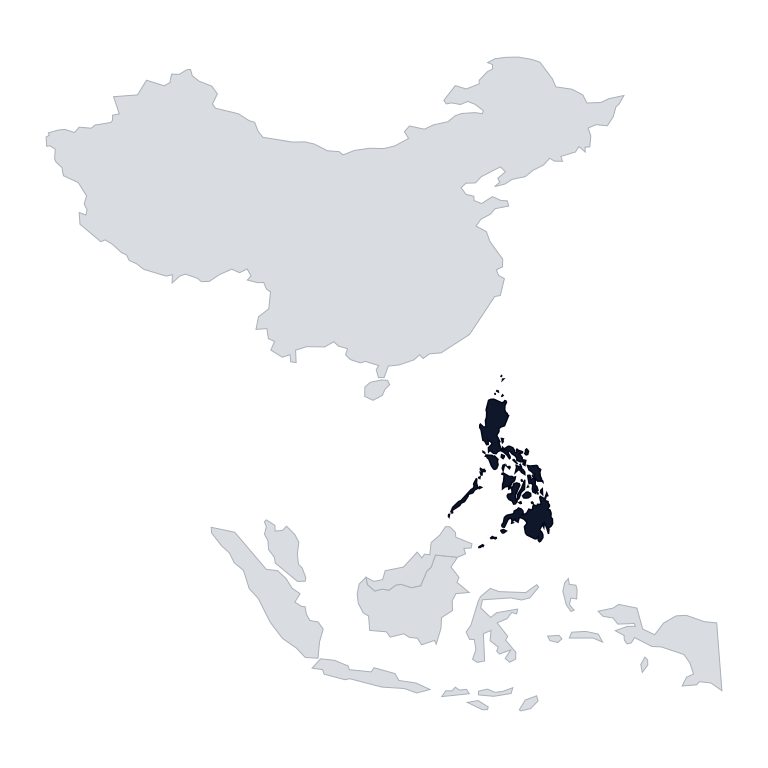 map of Philippines with Indonesia, China and Malaysia greyed out
{"feature_id": "PHL", "entity_name": "Philippines", "entity_type": "country or territory", "adm_level": 0, "iso_a3": "PHL", "parent_name": "Asia", "parent_adm1": "", "projection": "albers", "projection_center": [122.681, 12.951], "detail": "fine", "context": "with_neighbors", "style": "filled", "palette": "ink", "viewbox_px": 768, "rotation_deg": 0, "n_neighbors": 3, "source": "natural_earth", "source_scale": "50m", "svg_char_len": 12216}
<svg xmlns="http://www.w3.org/2000/svg" viewBox="0 0 768 768"><path d="M716.7,622.9L721.9,690.7L711.1,683.0L699.3,681.7L696.7,684.8L682.1,686.0L686.5,677.3L693.5,674.0L689.9,662.9L683.9,654.5L661.3,646.9L651.9,646.5L634.5,637.5L631.4,642.8L627.1,643.9L624.3,640.1L624.1,635.5L615.3,630.7L627.3,626.4L635.3,626.3L634.3,623.5L617.8,624.1L613.1,618.0L603.0,616.3L598.1,611.2L613.1,608.1L618.7,604.4L636.9,608.1L642.7,629.0L654.7,634.8L663.5,623.1L676.1,615.9L686.1,615.3L704.5,621.7L716.7,622.9ZM536.6,695.8L538.1,700.9L530.6,708.6L520.7,710.9L519.3,709.7L525.3,700.0L536.6,695.8ZM642.3,672.4L640.8,664.6L644.9,657.1L647.6,660.1L647.8,665.0L642.3,672.4ZM457.5,557.3L451.0,567.0L459.0,577.4L457.0,582.4L469.2,592.5L456.0,593.6L452.2,600.8L452.5,610.5L441.5,617.6L441.0,628.2L436.2,644.2L434.6,640.4L421.6,644.8L417.4,638.2L409.3,637.4L403.8,633.8L390.2,637.1L386.3,631.8L369.7,630.4L368.6,616.1L363.2,612.8L358.3,603.4L357.2,594.0L359.1,584.1L366.0,577.3L367.5,584.6L374.8,591.0L382.1,589.1L389.1,590.2L395.8,585.1L401.2,584.3L411.6,587.7L420.7,585.7L426.9,570.9L431.2,567.2L435.4,555.0L457.5,557.3ZM585.8,631.4L598.3,634.1L602.6,642.1L592.9,638.0L569.3,638.0L571.8,632.2L585.8,631.4ZM557.8,642.5L549.9,640.6L547.6,636.1L559.1,635.4L561.9,638.9L557.8,642.5ZM568.4,578.5L569.3,584.4L575.9,585.2L577.1,589.6L576.7,599.0L570.9,598.0L569.4,604.6L574.1,610.2L571.0,611.5L566.3,604.8L562.8,591.2L564.8,582.5L568.4,578.5ZM499.0,591.6L525.8,592.6L536.7,584.7L538.7,587.1L529.8,597.9L521.5,600.0L510.7,597.9L482.4,599.8L480.7,607.9L490.7,617.5L496.7,612.7L517.6,609.1L516.7,614.0L511.8,612.5L507.0,618.7L497.1,622.8L507.7,636.4L505.6,640.1L515.8,652.2L515.7,659.1L509.7,662.2L505.2,658.5L510.7,649.9L499.5,654.0L496.7,651.1L498.2,647.0L490.1,640.8L491.0,630.5L483.4,633.6L484.6,661.0L477.4,662.4L472.5,659.3L475.9,649.7L474.3,639.5L469.5,639.3L466.1,632.0L470.9,625.2L478.4,600.7L480.8,596.3L490.3,588.4L499.0,591.6ZM482.6,709.8L467.3,702.4L478.1,700.6L488.2,706.9L487.5,709.6L482.6,709.8ZM494.8,692.3L502.5,691.5L512.8,687.7L511.1,693.5L493.8,696.3L478.5,694.9L478.5,691.2L487.6,689.1L494.8,692.3ZM459.4,690.1L466.5,689.3L469.3,693.7L441.7,696.6L445.8,690.8L452.1,690.8L455.3,687.2L459.4,690.1ZM348.0,665.9L349.4,669.7L371.3,671.9L374.0,667.7L395.0,673.6L398.9,680.5L416.0,683.0L430.0,689.5L416.7,693.0L404.2,688.5L381.9,687.1L349.7,678.7L344.9,679.7L324.2,674.2L322.5,669.6L312.1,668.2L320.6,658.8L334.4,660.3L348.0,665.9ZM305.1,606.8L306.4,614.3L309.9,620.5L318.1,622.0L323.2,629.1L319.5,642.0L318.0,658.2L305.3,657.5L296.4,648.1L282.5,638.4L270.3,622.4L258.2,598.4L249.2,588.6L243.5,570.4L234.2,562.7L229.4,552.9L221.7,546.0L211.6,532.9L211.2,527.3L234.8,532.3L266.3,569.4L277.5,570.6L286.2,578.7L292.0,588.1L300.1,593.7L294.9,602.1L301.1,606.2L305.1,606.8Z" fill="#d9dde1" stroke="#a8b0b8" stroke-width="1"/><path d="M373.0,400.3L364.7,396.4L364.9,387.0L370.3,382.3L381.7,379.9L387.6,380.4L389.7,384.7L385.0,389.3L382.3,395.4L373.0,400.3ZM112.4,120.6L112.6,115.2L119.3,113.9L113.6,96.7L137.5,94.9L146.5,80.2L164.2,85.8L169.9,82.6L171.6,74.1L179.3,74.3L187.0,69.7L190.6,69.5L192.2,75.7L199.3,81.3L211.9,86.2L217.4,94.0L212.5,103.9L215.4,108.2L238.5,113.8L249.1,120.7L254.7,122.3L258.1,131.3L263.0,137.3L292.5,142.1L305.0,141.9L314.2,144.0L327.6,150.8L339.0,151.6L343.0,154.9L354.3,150.5L369.7,148.2L383.8,148.6L394.9,145.9L408.6,138.4L404.4,131.7L409.5,126.0L424.3,129.2L433.7,124.8L448.0,121.7L454.9,115.9L461.5,113.5L475.0,112.6L482.3,113.7L483.3,110.6L475.0,104.3L467.7,101.4L460.5,104.5L451.5,102.9L446.2,103.9L443.9,100.3L455.3,85.6L466.2,89.0L479.2,83.9L479.2,80.2L487.5,71.6L492.6,69.0L492.5,64.5L487.6,62.6L495.1,58.7L506.3,57.3L518.3,57.1L531.9,59.4L539.9,62.2L552.3,78.7L555.9,86.9L571.9,89.2L582.9,95.0L586.9,103.0L600.9,102.5L608.8,98.7L623.9,95.5L619.4,103.6L615.9,106.9L613.2,116.8L607.3,125.8L596.0,124.6L588.1,128.1L590.8,135.8L589.8,146.8L585.0,147.2L585.2,152.0L579.0,146.6L575.4,152.0L560.9,156.4L562.5,161.3L554.3,161.1L549.8,158.2L543.4,165.1L533.0,170.3L525.3,176.6L512.0,179.4L505.0,184.0L494.7,186.6L499.8,182.1L497.8,178.3L505.4,171.8L500.4,166.8L481.3,176.7L475.4,182.9L466.0,183.2L461.1,187.7L466.0,194.4L473.8,196.2L474.1,200.6L481.6,203.6L492.4,196.6L500.9,200.5L507.2,200.8L508.7,206.0L495.1,208.7L490.5,214.1L481.1,219.0L476.0,226.0L486.4,231.7L490.1,241.8L502.7,259.2L502.5,266.9L496.3,269.8L498.6,275.4L504.4,278.6L500.3,295.5L494.7,296.5L469.5,334.5L441.0,352.9L429.5,353.8L423.1,358.5L419.7,354.8L413.7,360.0L399.2,364.9L388.3,366.1L384.2,377.4L378.5,377.7L376.2,369.7L378.8,365.6L365.3,361.4L360.3,362.9L350.2,359.5L345.6,354.8L347.6,348.7L338.4,346.1L333.8,341.7L324.7,346.9L306.6,346.7L295.6,350.1L296.1,362.6L290.7,361.8L290.0,354.7L282.3,357.2L270.8,350.1L274.6,341.4L268.4,338.7L266.9,328.6L256.0,329.4L258.5,316.8L268.8,308.8L270.5,291.9L266.4,289.0L263.7,282.5L257.8,282.7L247.3,280.0L251.1,276.0L247.1,269.0L239.6,272.7L231.6,269.2L219.5,274.6L209.5,281.3L201.4,281.7L197.4,278.3L185.4,274.1L179.7,276.1L172.1,283.0L172.4,274.7L166.1,276.1L143.9,269.4L136.5,263.7L129.2,260.5L126.6,255.0L121.4,252.6L112.5,244.3L105.2,239.9L100.8,241.7L80.0,224.2L79.2,212.5L85.9,215.0L87.1,209.9L84.2,204.1L86.6,196.0L78.3,182.6L63.4,175.7L62.0,167.7L55.8,161.8L54.6,158.7L55.3,149.2L50.0,145.9L46.7,146.3L46.1,137.0L49.2,135.3L48.3,132.9L58.1,130.1L64.9,129.4L74.5,132.5L79.1,127.2L91.3,128.2L95.2,125.0L110.8,122.5L112.4,120.6Z" fill="#d9dde1" stroke="#a8b0b8" stroke-width="1"/><path d="M264.4,521.7L266.4,519.9L274.9,525.4L275.2,531.1L282.5,530.4L286.5,526.2L294.8,534.5L298.8,542.1L297.4,554.3L298.5,564.5L302.1,567.8L305.8,577.6L305.3,581.2L297.4,581.4L275.2,563.0L274.4,557.4L268.6,549.6L267.9,540.5L264.5,534.3L266.3,526.5L264.4,521.7ZM457.5,557.3L435.4,555.0L431.2,567.2L426.9,570.9L420.7,585.7L411.6,587.7L401.2,584.3L395.8,585.1L389.1,590.2L382.1,589.1L374.8,591.0L367.5,584.6L366.0,577.3L373.9,581.4L382.6,579.7L385.2,570.7L403.4,567.1L417.2,552.1L422.0,557.9L424.4,554.2L429.7,554.7L431.2,542.5L439.8,535.1L445.5,526.7L449.9,526.8L455.4,532.4L455.8,537.2L472.0,543.8L471.1,548.0L463.8,548.4L465.6,553.8L457.5,557.3Z" fill="#d9dde1" stroke="#a8b0b8" stroke-width="1"/><path d="M493.9,399.2L501.6,402.7L503.6,402.3L504.7,400.6L505.9,400.9L506.5,402.4L505.0,405.2L504.7,409.6L505.6,412.1L507.2,413.5L507.4,414.9L508.6,415.5L504.5,425.8L500.9,427.0L498.9,428.6L499.0,431.5L496.7,435.3L499.9,441.7L499.1,442.3L499.1,443.4L500.6,448.0L502.1,449.6L505.3,450.6L506.1,449.9L505.2,448.2L508.2,446.3L509.7,446.3L512.9,447.8L514.4,450.3L514.7,452.6L516.1,452.6L516.8,451.6L516.4,450.1L517.0,449.1L518.2,450.2L522.3,451.6L522.7,452.0L522.2,452.9L519.5,453.7L522.3,457.8L522.0,459.6L525.8,460.4L524.9,465.5L523.0,464.2L523.7,461.7L520.3,461.8L516.9,460.3L516.8,458.4L515.4,456.0L512.2,454.0L509.4,450.8L508.0,451.1L508.4,453.6L510.1,456.5L510.2,458.0L509.4,458.7L507.0,455.1L503.8,452.2L500.7,450.5L497.8,451.5L496.1,453.7L493.5,453.3L490.8,451.0L489.6,450.8L488.6,451.9L488.4,447.7L491.7,444.4L491.9,442.7L488.2,440.1L488.2,444.4L486.6,444.7L484.6,441.0L482.9,440.3L481.0,429.5L479.7,427.6L479.8,424.9L480.4,424.1L483.8,427.2L486.0,426.6L485.4,420.7L486.5,417.3L486.7,412.7L486.1,409.8L488.6,400.3L490.9,399.3L493.9,399.2ZM546.1,501.0L548.1,501.5L548.1,503.1L549.4,505.0L549.5,506.2L547.6,508.9L550.1,510.1L551.1,513.2L550.9,517.2L552.4,518.9L552.6,523.6L551.1,526.2L548.5,528.0L549.0,529.3L548.5,533.9L546.8,528.1L544.4,522.8L542.9,523.6L539.6,529.9L541.9,532.3L542.9,534.9L542.9,537.6L540.6,541.1L539.4,541.8L538.2,540.1L538.1,536.7L536.0,538.9L534.8,538.8L527.0,535.0L525.5,533.1L524.4,526.7L526.7,523.7L526.8,522.3L524.2,519.3L520.9,517.7L519.1,517.8L518.0,522.2L515.7,520.8L514.8,519.0L513.6,520.7L512.0,520.9L511.5,518.7L509.6,518.3L508.0,519.7L504.4,527.2L502.5,527.0L501.8,525.8L502.0,524.4L503.4,522.7L504.3,517.8L505.5,516.3L507.1,515.2L512.7,514.0L513.7,513.3L514.3,510.9L517.4,509.4L518.4,508.0L521.1,508.9L522.9,510.9L523.2,513.6L521.9,515.0L522.4,515.1L526.7,513.1L528.9,509.1L531.2,509.9L532.4,509.4L533.0,506.0L533.9,504.9L536.8,506.1L537.5,504.3L540.7,504.4L541.0,503.0L539.7,497.3L540.3,496.3L544.7,498.9L546.1,501.0ZM515.1,504.0L513.6,504.1L512.3,501.2L509.0,499.5L507.4,497.1L507.2,495.7L508.0,494.2L510.6,493.9L512.1,492.8L511.7,488.2L513.2,486.1L513.5,484.0L516.4,482.9L519.1,483.6L519.8,485.2L515.4,495.3L515.3,498.1L517.1,501.7L515.1,504.0ZM537.5,465.9L538.4,468.1L540.7,469.5L539.9,472.2L540.3,476.1L541.6,479.1L541.2,480.0L542.6,480.8L542.9,482.1L541.8,481.2L537.6,481.1L535.4,478.9L534.1,476.6L534.9,474.3L533.8,474.2L531.5,471.5L529.1,470.1L527.4,465.5L530.3,466.0L536.5,465.4L537.5,465.9ZM503.3,473.0L509.5,476.6L511.9,476.3L512.9,477.0L512.5,477.9L515.4,476.9L514.9,479.6L513.8,481.5L511.6,482.9L511.2,484.7L508.6,486.2L505.1,486.9L502.5,488.9L502.6,484.2L503.5,481.7L504.1,475.7L503.7,474.8L501.8,474.1L502.1,473.4L503.3,473.0ZM459.6,505.6L451.2,511.1L452.7,507.3L458.6,501.6L461.1,500.5L471.0,489.6L473.2,488.3L474.2,486.0L473.6,484.3L474.1,482.8L476.3,478.8L476.8,479.2L476.5,483.1L478.1,488.1L474.7,490.0L472.8,492.9L468.3,494.4L468.2,496.0L464.5,501.6L461.2,503.2L459.6,505.6ZM486.1,455.0L492.2,455.4L493.7,456.6L494.6,456.0L498.0,459.4L497.4,461.5L498.1,464.8L496.6,468.5L494.9,469.4L493.6,469.0L491.5,466.1L488.7,458.9L487.2,457.9L486.7,456.4L485.4,456.2L486.1,455.0ZM527.9,476.9L531.2,479.3L533.1,478.3L534.3,478.6L535.3,480.4L535.2,485.0L536.9,486.7L538.0,490.3L536.7,490.7L536.7,491.6L535.0,489.6L535.5,493.3L532.8,491.8L532.3,488.9L532.8,485.1L531.5,483.1L529.1,483.6L527.9,476.9ZM519.0,498.3L517.3,500.1L517.1,499.4L517.8,494.1L521.3,488.6L524.8,479.8L524.5,489.3L521.2,492.3L519.0,498.3ZM530.8,496.0L528.3,497.8L525.8,498.1L523.8,497.9L522.5,495.8L526.3,492.2L528.0,492.0L530.6,493.4L530.8,496.0ZM519.6,466.9L523.3,469.9L524.8,472.1L524.8,474.5L521.4,472.3L521.5,471.8L518.7,469.4L515.3,472.6L516.5,467.5L516.2,465.4L519.6,466.9ZM528.6,451.2L527.7,454.5L526.1,454.9L524.6,453.5L525.5,452.1L525.5,450.0L526.6,448.9L528.6,451.2ZM503.8,532.9L502.4,533.0L500.8,530.8L501.0,530.3L503.5,529.5L506.4,531.0L503.8,532.9ZM482.8,469.8L484.1,469.3L485.3,470.8L485.0,471.6L481.8,471.6L480.3,469.5L480.5,468.4L482.8,469.8ZM501.6,454.6L504.3,455.7L504.3,456.8L503.1,458.6L501.2,457.2L501.6,454.6ZM492.3,536.5L494.2,537.5L496.2,537.5L496.4,538.2L495.1,538.9L494.3,538.1L491.1,538.6L490.6,538.0L492.3,536.5ZM542.6,494.5L540.5,492.3L540.8,490.2L542.3,488.8L542.6,494.5ZM504.6,464.6L503.1,470.6L502.2,468.2L503.0,465.2L504.6,464.6ZM483.6,545.5L483.0,546.5L482.2,546.0L480.4,547.4L478.9,547.5L479.0,546.8L482.7,544.7L483.6,545.5ZM503.4,438.8L502.8,440.0L503.3,441.5L502.4,442.6L501.4,438.4L503.4,438.8ZM509.9,488.6L508.7,489.1L508.7,487.1L510.5,485.6L510.9,486.6L509.9,488.6ZM482.1,474.9L481.1,475.1L480.2,472.2L482.1,472.6L482.1,474.9ZM530.8,477.3L529.5,477.4L528.2,475.4L529.8,475.2L530.8,477.3ZM510.2,467.1L509.4,468.7L507.5,466.8L509.4,466.4L510.2,467.1ZM546.6,496.1L545.9,495.3L546.7,492.9L547.8,495.7L546.6,496.1ZM514.1,459.6L517.6,464.1L513.1,460.2L513.2,459.6L514.1,459.6ZM481.6,487.4L479.3,488.6L479.0,487.5L479.9,486.6L481.6,487.4ZM520.8,501.7L521.3,503.3L520.3,503.6L519.0,502.6L520.8,501.7ZM520.3,464.4L521.9,467.8L519.9,464.8L520.3,464.4ZM449.6,514.3L449.0,517.1L448.4,516.2L448.7,514.5L449.6,514.3ZM533.2,503.1L532.9,503.7L531.7,503.2L531.5,502.2L532.4,502.0L533.2,503.1ZM544.0,525.0L543.8,527.5L542.9,525.7L543.2,524.4L544.0,525.0ZM484.7,452.5L484.8,453.2L483.0,452.1L483.0,451.4L484.7,452.5ZM537.6,492.4L538.3,494.4L536.6,491.9L537.6,492.4ZM503.1,395.5L501.4,396.7L502.6,394.9L503.1,395.5ZM502.6,447.3L504.9,449.7L502.6,448.1L502.6,447.3ZM498.3,391.0L498.4,392.0L496.7,391.1L496.9,390.6L498.3,391.0ZM480.1,476.9L479.8,478.5L478.7,477.9L478.7,477.4L480.1,476.9ZM511.8,522.0L513.1,522.7L511.6,523.2L511.8,522.0ZM533.5,476.2L533.3,476.7L532.7,476.3L532.1,474.9L533.5,476.2ZM521.8,479.7L522.4,481.1L521.6,481.1L521.2,480.1L521.8,479.7ZM452.6,512.8L451.9,513.0L451.8,511.6L452.6,511.9L452.6,512.8ZM545.7,498.0L545.1,497.7L545.6,496.2L545.9,497.0L545.7,498.0ZM495.1,393.0L495.4,394.8L494.8,393.9L495.1,393.0ZM503.6,379.0L502.4,380.2L502.6,379.1L503.6,379.0ZM501.7,374.9L501.5,376.4L501.1,376.4L501.7,374.9ZM528.5,486.8L527.5,487.1L528.0,486.0L528.5,486.8ZM506.1,465.3L505.8,466.3L506.0,465.3L506.1,465.3Z" fill="#0f172a" stroke="#020617" stroke-width="1.5"/></svg>